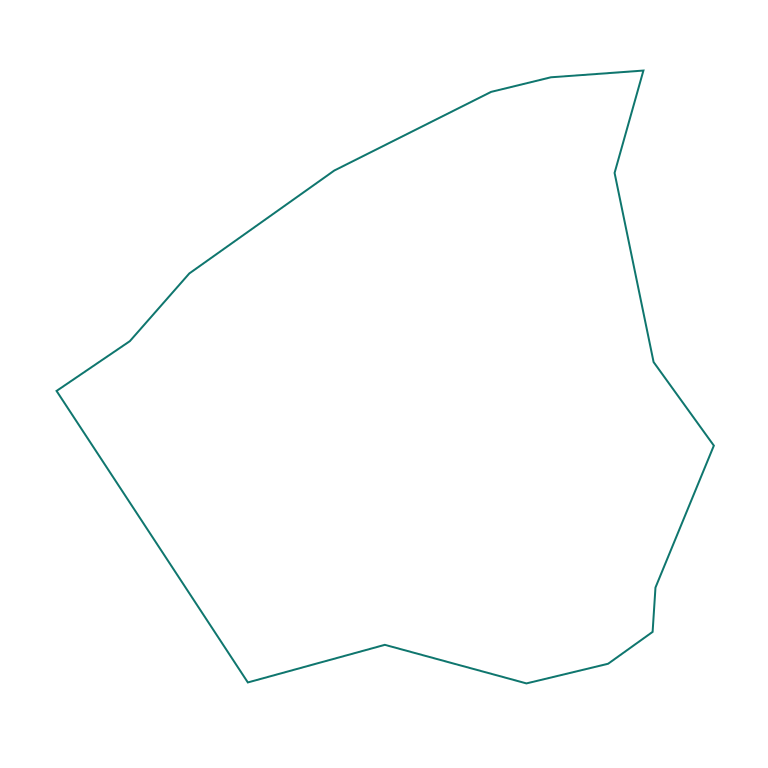 the Municipality of Velika Polana, rotated 178°
{"feature_id": "SVN-270", "entity_name": "Velika Polana", "entity_type": "Municipality", "adm_level": 1, "iso_a3": "SVN", "parent_name": "Slovenia", "parent_adm1": "", "projection": "orthographic", "projection_center": [16.356, 46.579], "detail": "fine", "context": "isolated", "style": "outline", "palette": "teal", "viewbox_px": 768, "rotation_deg": 178, "n_neighbors": 0, "source": "natural_earth", "source_scale": "10m", "svg_char_len": 365}
<svg xmlns="http://www.w3.org/2000/svg" viewBox="0 0 768 768"><g transform="rotate(178 384 384)"><path d="M530.5,90.5L711.5,388.5L636.5,435.7L574.7,501.3L426.2,599.1L266.8,672.2L206.5,684.7L113.8,688.2L146.2,586.9L113.8,396.5L56.5,310.9L119.8,171.1L124.2,126.9L169.8,96.6L252.1,79.8L392.3,123.3L530.5,90.5Z" fill="none" stroke="#0f766e" stroke-width="2"/></g></svg>